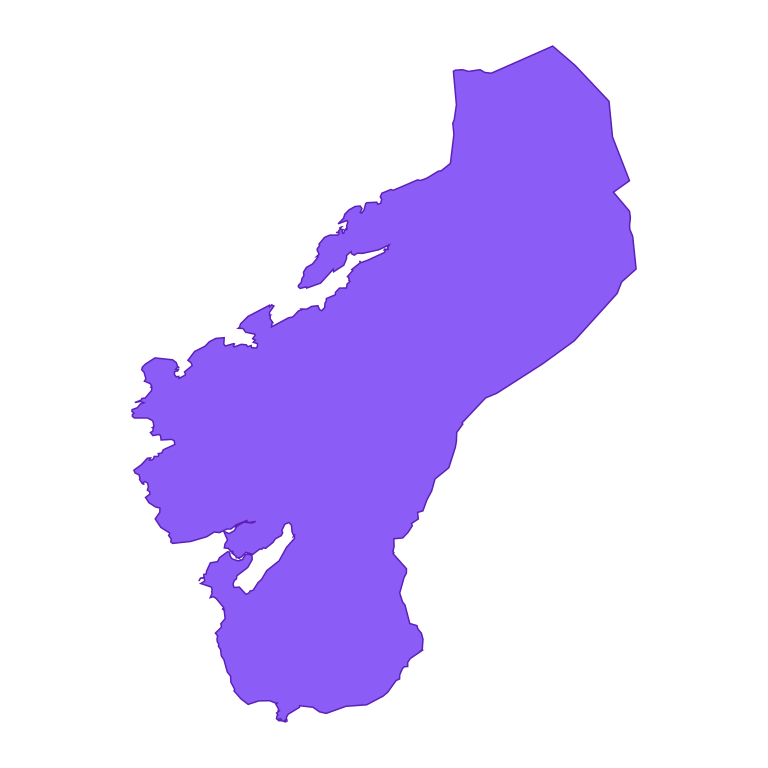 Rissa nor, Sør-Trøndelag, Norway (orthographic projection)
{"feature_id": "86288312B80275455305326", "entity_name": "Rissa nor", "entity_type": "district", "adm_level": 2, "iso_a3": "NOR", "parent_name": "Norway", "parent_adm1": "Sør-Trøndelag", "projection": "orthographic", "projection_center": [10.01, 63.676], "detail": "fine", "context": "isolated", "style": "filled", "palette": "violet", "viewbox_px": 768, "rotation_deg": 0, "n_neighbors": 0, "source": "geoboundaries", "source_scale": "gbopen_adm2", "svg_char_len": 6123}
<svg xmlns="http://www.w3.org/2000/svg" viewBox="0 0 768 768"><path d="M636.1,269.0L632.7,236.3L629.8,229.4L629.6,224.9L630.4,217.6L629.5,211.2L613.4,192.2L629.5,180.7L612.5,136.9L609.0,101.3L575.2,65.5L552.7,46.1L491.3,73.2L484.6,72.4L480.1,69.7L468.6,71.4L462.5,69.7L455.3,70.2L453.4,71.2L456.4,104.9L454.2,119.9L452.8,123.2L453.9,134.5L450.4,163.4L441.2,170.8L438.3,171.2L426.9,178.1L420.7,180.5L417.5,179.9L393.2,190.3L390.9,189.5L381.9,193.2L380.3,196.8L381.7,199.4L380.6,203.2L377.8,204.3L376.8,202.2L366.9,202.7L365.7,203.6L364.1,209.8L361.6,213.2L360.2,212.6L362.0,208.5L360.1,206.0L355.0,206.5L349.0,209.9L344.8,214.2L343.5,218.4L338.1,223.8L346.9,220.6L347.8,221.9L346.6,226.0L346.9,228.2L346.4,228.5L347.0,228.7L346.5,229.8L344.5,230.0L343.9,233.1L342.7,233.4L342.1,230.9L342.9,229.5L340.5,229.2L340.1,228.2L341.5,227.0L340.9,227.1L339.7,228.0L340.3,229.3L338.9,230.4L338.9,231.8L336.0,232.6L338.9,232.5L338.9,233.8L337.7,235.1L329.9,235.1L324.5,237.4L319.0,244.1L319.6,245.6L317.2,248.8L317.2,250.3L319.1,254.1L316.7,256.5L317.9,256.2L317.7,257.5L312.5,264.0L306.4,267.4L303.5,272.2L303.9,275.8L302.0,278.4L301.2,282.5L298.4,285.4L298.4,286.8L300.1,288.4L306.4,286.9L306.7,288.1L320.6,283.1L333.2,269.3L333.6,271.8L343.8,265.2L346.5,258.7L346.6,255.5L351.0,251.6L351.6,253.7L354.2,255.2L357.2,253.2L362.5,253.4L378.7,249.8L389.2,244.9L387.5,247.7L388.1,249.4L384.6,249.1L384.1,250.0L385.7,250.0L384.4,252.5L367.3,260.4L361.0,262.6L359.5,260.9L360.4,262.6L351.7,269.6L352.8,270.5L347.4,276.6L348.6,277.5L349.2,279.1L348.8,280.2L349.9,281.5L347.1,284.0L346.5,288.0L339.5,288.1L335.5,292.3L335.3,294.8L326.4,298.5L326.2,301.2L325.0,303.0L324.7,307.5L321.7,310.7L319.5,309.6L317.9,305.7L311.7,306.4L306.8,309.1L301.2,309.0L301.8,309.6L298.5,310.9L293.0,316.8L288.3,317.9L271.5,326.9L272.1,322.9L272.9,322.7L270.0,318.5L270.3,316.6L269.7,315.4L270.5,315.0L269.5,314.7L269.5,312.4L273.9,306.0L271.6,304.8L269.5,306.7L269.3,305.3L248.0,316.4L240.5,323.9L239.6,327.2L238.2,328.3L243.0,328.5L245.6,332.2L254.8,334.2L255.2,335.3L252.6,338.7L255.3,340.1L253.2,342.3L257.4,343.6L257.5,345.9L256.5,348.0L251.7,347.7L251.2,345.5L247.7,346.7L246.3,344.8L241.3,344.3L234.3,346.9L233.4,346.4L234.4,343.9L233.7,343.6L225.3,346.0L223.8,344.1L224.2,337.7L215.8,338.4L209.4,341.7L205.1,346.2L194.7,351.4L187.9,360.3L191.2,362.9L192.1,365.7L184.5,371.9L185.5,374.2L185.0,375.2L179.1,378.4L178.8,376.4L176.2,376.8L174.5,374.7L174.5,371.8L177.7,370.5L177.2,371.7L178.5,369.4L175.7,369.2L177.6,366.7L179.3,367.9L177.5,366.2L176.2,362.5L172.6,359.8L155.0,357.9L145.5,364.0L142.4,367.1L141.7,369.8L144.1,372.4L145.9,378.8L144.4,381.2L150.3,383.6L151.5,386.1L151.0,387.0L151.7,386.9L151.6,390.4L145.2,398.0L142.0,398.4L140.9,400.2L134.8,402.5L140.3,401.5L143.9,402.8L140.4,404.0L137.2,407.8L132.1,409.6L131.9,411.3L134.0,413.2L132.5,414.5L132.3,416.2L134.3,418.0L147.5,418.0L152.3,420.5L153.3,422.5L153.9,426.9L152.3,427.5L153.3,428.3L152.7,431.2L150.4,432.5L152.9,435.6L158.8,434.5L160.5,435.5L161.1,440.0L171.6,439.4L174.2,440.8L174.8,444.5L163.4,449.7L161.6,453.1L158.2,453.6L158.8,455.0L158.1,456.4L154.2,456.4L153.4,458.8L151.7,460.1L149.5,460.1L150.7,457.9L147.4,458.2L141.3,464.8L133.9,470.2L135.1,473.0L139.0,474.8L139.9,478.1L139.5,479.3L142.0,483.2L143.4,484.2L144.4,484.2L142.4,483.1L145.0,481.5L147.6,483.2L148.4,486.9L147.3,490.1L149.7,491.8L149.9,494.1L145.5,497.4L149.0,502.8L155.6,507.0L159.9,508.0L159.8,512.3L155.2,518.9L160.8,527.4L169.4,532.8L169.7,533.6L168.6,535.5L171.2,538.9L170.8,541.9L172.6,543.4L190.5,541.5L206.8,536.7L214.3,532.0L219.4,532.6L227.1,529.0L230.9,529.0L236.4,524.6L247.6,520.2L245.3,521.2L249.1,522.5L255.8,521.4L251.7,523.1L244.1,522.1L235.5,526.8L236.6,526.9L234.2,530.7L229.1,533.6L223.8,531.4L227.5,540.0L225.0,544.0L224.3,547.9L228.3,548.4L230.6,551.2L232.7,551.4L232.3,552.2L234.2,554.6L231.2,552.4L236.3,556.6L236.2,558.4L236.6,557.3L239.1,558.3L238.7,557.8L241.6,556.9L245.8,552.3L252.9,554.3L259.8,549.0L261.9,549.2L263.5,547.6L265.5,548.4L273.0,542.4L275.3,538.9L281.3,535.6L282.7,532.8L281.8,530.5L284.8,524.2L289.0,522.5L291.4,525.1L292.0,531.5L293.2,534.6L294.4,534.8L293.5,536.4L295.1,535.5L294.2,536.2L294.6,538.2L286.5,547.4L279.1,560.8L266.8,570.6L261.5,579.5L258.1,582.5L253.2,590.2L250.0,591.1L248.9,593.0L246.0,594.3L239.3,587.1L234.1,587.5L233.0,584.2L234.4,580.3L236.3,579.2L236.9,575.8L247.7,567.5L252.2,559.6L252.0,555.5L247.6,554.0L245.4,554.9L242.3,559.8L238.1,560.9L232.4,559.0L230.3,556.4L229.5,552.2L227.7,551.7L219.6,557.6L217.4,561.7L210.4,562.8L206.5,571.2L206.2,574.0L203.8,574.4L203.9,577.5L200.5,578.1L198.8,581.1L200.6,578.2L204.3,578.0L204.6,581.2L200.7,583.5L211.4,587.1L212.2,590.3L211.6,591.5L212.1,593.3L210.2,597.6L213.2,596.7L216.2,598.5L223.7,607.7L223.8,608.4L222.7,608.8L222.6,609.3L224.2,610.0L223.4,610.5L224.2,610.4L225.1,618.7L220.8,623.8L221.5,626.4L220.9,627.7L215.4,633.1L217.6,635.9L217.0,639.1L217.3,641.8L218.7,644.1L218.4,646.3L220.6,649.6L221.3,655.9L223.9,659.6L227.3,672.0L230.6,676.2L230.9,682.3L234.7,689.3L234.0,690.9L241.0,698.9L248.2,704.4L258.8,700.9L269.6,700.7L276.3,703.3L278.1,702.7L275.7,703.9L278.6,709.1L278.1,710.8L279.1,711.0L276.6,713.0L277.9,715.0L277.0,716.0L276.5,718.7L278.9,720.7L279.7,720.7L277.8,719.6L280.3,718.7L281.3,719.5L280.7,720.4L285.5,721.9L287.7,720.6L285.5,721.7L284.7,720.5L286.3,719.2L287.1,720.2L286.4,718.8L286.6,716.9L288.3,714.1L299.5,707.3L299.6,705.7L313.0,707.3L319.4,711.8L326.2,713.4L346.0,706.3L366.7,704.8L383.1,696.1L387.8,692.1L396.1,680.5L399.6,679.0L399.7,675.0L402.4,668.6L404.2,666.8L407.7,666.5L407.7,662.4L410.3,658.5L422.0,650.5L421.3,650.5L422.2,649.9L423.0,639.3L421.4,633.2L417.9,629.0L416.9,625.6L409.8,623.5L405.0,605.1L402.6,602.0L399.7,593.1L404.0,577.6L406.4,573.2L406.5,568.8L393.1,553.7L393.9,552.6L393.0,551.5L394.1,546.3L393.8,538.8L402.8,537.9L408.1,532.3L412.3,525.8L411.5,523.5L418.3,519.0L417.6,512.4L422.9,510.9L426.8,500.1L431.7,490.9L435.0,479.0L448.8,467.8L455.3,447.5L456.4,441.3L456.7,432.5L462.8,424.1L462.1,422.8L485.6,397.9L497.0,393.1L542.5,363.9L574.2,340.9L617.1,293.5L621.6,282.0L636.1,269.0Z" fill="#8b5cf6" stroke="#5b21b6" stroke-width="1.5"/></svg>